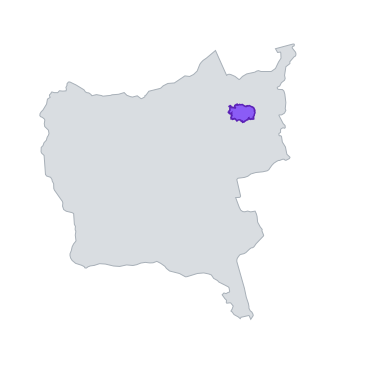 location of Bukama, Katanga, Democratic Republic of the Congo, rotated 255°
{"feature_id": "63176286B12691977822681", "entity_name": "Bukama", "entity_type": "district", "adm_level": 2, "iso_a3": "COD", "parent_name": "Democratic Republic of the Congo", "parent_adm1": "Katanga", "projection": "mercator", "projection_center": [26.071, -8.833], "detail": "fine", "context": "in_parent", "style": "filled", "palette": "violet", "viewbox_px": 384, "rotation_deg": 255, "n_neighbors": 0, "source": "geoboundaries", "source_scale": "gbopen_adm2", "svg_char_len": 7904}
<svg xmlns="http://www.w3.org/2000/svg" viewBox="0 0 384 384"><g transform="rotate(255 192 192)"><path d="M322.6,251.3L295.7,255.6L296.3,257.2L296.0,258.8L295.3,260.0L292.6,263.4L288.5,266.5L288.5,267.2L290.6,270.7L291.9,275.4L291.5,283.7L292.1,286.0L292.0,287.7L290.6,289.7L287.9,299.8L289.7,304.6L295.1,309.2L298.2,312.6L303.4,313.8L304.3,313.6L304.6,310.8L308.8,309.7L308.8,327.8L308.5,328.8L307.7,329.0L306.7,328.4L306.4,326.7L305.3,326.0L300.2,328.2L298.8,328.2L297.4,327.8L296.4,326.8L296.1,325.5L292.5,320.2L290.7,319.8L288.7,315.1L280.7,311.6L277.6,311.4L276.0,310.3L274.4,306.6L271.7,304.2L271.1,301.6L270.5,301.2L268.9,301.7L267.5,305.9L265.7,306.9L262.4,307.0L254.1,305.8L248.2,303.6L246.6,303.8L244.3,301.8L243.3,298.6L243.9,296.1L243.4,295.8L234.4,297.8L232.2,299.1L230.2,298.8L229.6,298.1L230.5,296.4L230.0,294.5L229.4,293.7L226.7,293.0L225.9,291.0L224.2,290.7L223.7,291.0L223.3,292.4L222.3,292.8L216.9,292.2L211.3,293.9L203.9,293.4L200.3,295.6L199.8,295.5L199.0,294.4L198.3,291.0L198.7,290.1L199.8,289.4L200.2,288.1L199.8,284.6L200.1,283.7L199.7,281.7L198.6,278.5L197.0,275.9L193.6,271.9L193.0,270.1L193.2,265.6L194.3,258.7L194.2,253.5L192.8,250.1L192.5,246.5L193.4,240.0L192.5,238.5L175.5,237.9L174.8,237.4L174.5,236.5L175.3,232.7L164.9,233.7L161.8,234.4L159.9,236.0L159.2,238.0L159.2,240.8L157.6,243.5L157.2,248.0L154.3,248.5L151.4,248.5L145.9,247.6L140.5,248.9L137.8,250.1L136.4,249.5L131.6,250.0L131.0,249.6L125.5,240.6L123.0,237.6L122.5,236.2L122.7,234.8L122.0,232.9L119.5,228.3L119.0,226.2L119.1,222.8L118.8,221.7L116.5,218.8L115.0,217.8L113.3,217.3L85.5,217.7L76.3,217.2L69.6,217.6L66.2,217.3L65.2,216.9L62.2,217.5L60.6,218.7L58.2,219.3L56.7,219.1L53.8,215.8L57.7,215.2L58.0,214.8L58.3,206.9L57.2,205.8L59.3,204.4L62.7,200.9L66.0,199.6L66.5,198.9L67.2,199.0L68.4,200.4L71.2,202.3L74.8,200.7L75.1,200.2L75.6,196.8L76.5,196.5L78.0,197.2L78.8,197.2L80.4,196.2L84.9,194.5L86.2,196.7L85.0,198.7L85.5,200.1L85.7,202.3L86.4,202.7L90.0,203.0L91.0,202.5L98.1,194.6L99.9,193.7L102.9,190.6L106.9,189.2L108.6,186.8L110.8,182.4L111.9,176.1L111.5,165.2L111.8,163.7L116.5,158.8L121.5,149.9L124.8,147.5L127.2,146.6L131.1,143.4L134.1,140.1L133.7,136.1L134.4,132.9L136.1,128.7L136.6,124.3L136.1,119.7L136.3,115.9L138.5,109.9L138.8,102.9L140.8,97.1L144.8,89.7L146.7,84.2L146.4,78.7L146.9,74.7L146.7,72.4L145.9,70.3L146.3,69.0L147.9,68.5L149.8,66.4L153.2,61.1L156.9,58.5L159.5,57.7L162.2,57.7L163.9,58.2L166.7,60.3L170.0,62.0L172.4,64.1L174.8,67.3L180.6,68.1L183.0,69.2L184.5,69.7L185.1,69.4L186.3,69.5L189.0,70.5L191.2,70.0L201.8,72.1L203.0,71.0L206.0,65.5L208.3,63.5L211.9,63.3L214.8,64.4L216.3,64.4L229.4,59.6L231.1,59.4L235.8,60.5L238.9,59.8L240.2,60.0L242.8,59.2L245.0,55.8L246.8,55.0L265.6,58.6L268.5,56.8L269.9,56.6L274.1,57.9L275.3,60.0L277.9,61.8L279.7,64.7L282.4,66.3L283.9,67.9L285.5,69.0L288.9,69.3L293.3,66.7L296.3,67.0L299.4,68.4L300.5,68.4L302.8,66.8L304.0,65.2L305.2,64.8L307.0,65.5L308.5,67.1L309.8,69.3L314.6,74.3L319.1,76.4L320.2,79.5L321.9,79.2L322.7,79.5L323.9,81.5L324.7,81.9L324.9,82.6L323.7,84.5L322.7,88.0L324.1,90.1L322.9,93.3L322.3,96.5L323.8,97.3L325.7,97.3L327.4,98.9L328.8,99.2L330.2,101.0L329.9,102.5L325.4,107.7L318.7,114.1L316.4,114.9L315.2,116.1L314.4,118.0L312.4,119.6L310.9,120.2L310.8,124.9L308.5,129.7L307.6,130.7L306.4,138.5L306.6,139.9L305.4,146.3L305.6,152.2L302.3,154.1L300.1,157.1L299.1,159.1L299.1,164.0L295.4,166.9L295.2,167.6L296.1,171.0L297.4,171.6L297.5,172.7L300.5,176.4L300.3,187.8L300.5,188.9L302.0,191.6L303.1,196.7L301.9,203.2L306.0,215.2L304.2,219.6L305.1,223.9L307.5,228.3L313.3,232.6L314.8,234.4L316.3,236.9L317.6,240.6L322.6,251.3Z" fill="#d9dde1" stroke="#a8b0b8" stroke-width="1"/><path d="M264.6,258.3L264.6,258.1L264.7,257.8L264.8,257.8L265.0,257.8L264.9,257.6L264.9,257.4L264.7,257.3L264.7,257.2L264.8,257.1L264.7,257.0L264.6,256.7L264.8,256.4L264.7,256.2L264.5,255.8L263.9,255.4L263.7,255.4L263.6,255.5L263.4,255.5L263.2,255.6L262.8,255.5L262.7,255.6L262.4,255.7L262.3,255.8L262.0,255.7L261.9,255.6L262.0,255.1L262.9,254.1L262.7,253.6L263.0,253.1L263.4,253.0L263.5,252.9L263.3,252.5L263.6,252.5L263.8,252.1L264.2,252.0L264.6,251.6L265.3,251.7L265.5,251.5L265.7,251.0L265.8,250.8L265.7,250.9L265.5,250.7L265.3,250.2L265.0,249.9L264.5,250.2L264.4,250.4L264.0,250.6L263.6,250.7L262.9,250.3L262.5,250.0L261.9,249.9L261.7,250.0L261.5,249.9L261.4,249.9L261.2,249.9L261.1,249.7L260.9,249.0L260.7,248.8L260.5,248.6L260.3,248.5L260.1,248.5L259.4,248.7L259.4,248.4L259.8,248.0L259.7,247.7L259.4,247.7L259.2,247.8L258.7,248.3L258.6,248.5L258.5,248.4L258.4,248.3L257.8,248.7L257.7,248.9L257.9,249.0L257.9,249.3L257.7,249.7L257.7,249.9L258.1,250.6L257.9,250.5L258.0,250.8L257.9,250.8L257.6,250.7L257.3,250.7L257.2,250.6L256.8,250.5L256.5,250.4L256.3,250.4L256.2,250.4L256.3,250.3L256.3,250.2L256.2,250.0L255.9,250.0L255.9,250.4L255.7,250.4L255.6,250.1L255.4,250.2L255.4,249.8L255.2,249.8L254.9,249.6L254.5,249.3L254.4,249.3L254.1,249.0L253.9,249.0L253.8,248.9L253.4,249.2L253.2,248.9L253.0,249.0L252.9,249.0L252.9,248.9L252.7,248.8L252.7,249.0L252.6,249.3L252.4,249.3L252.2,249.4L252.2,249.5L251.8,249.6L251.7,249.7L251.7,249.8L251.6,250.0L251.6,250.3L251.6,250.5L252.0,250.7L252.0,250.9L252.0,251.0L251.9,250.9L251.9,251.0L251.9,251.3L251.7,251.4L251.7,251.5L251.5,251.9L251.5,252.0L251.6,251.9L251.6,252.3L251.6,252.5L251.4,252.6L251.3,252.8L251.2,252.8L251.0,253.0L250.8,253.0L250.7,253.1L250.0,253.3L249.9,253.3L249.8,253.5L249.7,253.6L249.4,253.6L249.1,253.6L249.0,253.9L249.0,254.0L249.2,254.3L249.3,254.5L249.4,254.8L249.6,255.1L249.6,255.4L249.6,255.8L249.5,256.1L249.4,256.3L249.5,256.5L249.0,257.2L248.9,257.6L248.7,257.7L248.2,257.7L247.9,257.8L247.7,257.8L247.4,257.9L247.3,258.1L247.4,258.4L247.5,258.6L247.6,258.9L247.5,259.1L246.7,259.1L246.2,259.0L246.2,259.3L246.2,259.5L246.3,259.7L246.4,259.8L246.4,260.0L246.2,260.2L246.2,260.3L246.2,260.5L246.3,260.5L246.5,260.7L246.7,261.0L246.7,261.4L246.8,261.4L247.0,261.9L247.0,262.2L247.0,262.5L247.1,262.8L247.3,263.0L247.5,263.3L247.5,263.9L247.4,264.1L247.5,264.3L247.4,264.4L247.6,264.5L247.9,264.7L248.0,264.8L248.2,265.1L248.2,265.4L248.3,265.5L248.6,265.7L248.8,265.8L248.7,265.9L248.8,266.0L248.7,266.1L248.4,266.1L248.5,266.2L248.4,266.2L248.4,266.4L248.3,266.5L248.1,266.5L247.9,266.5L247.8,266.2L247.7,266.2L247.6,266.3L247.5,266.5L247.4,266.7L247.2,267.0L247.0,267.4L247.1,267.5L247.2,267.4L247.3,267.4L247.3,267.5L247.2,267.6L247.3,267.8L247.2,267.8L247.1,268.0L247.3,268.3L247.0,268.6L246.9,268.7L246.8,268.8L246.9,269.0L247.0,269.2L246.9,269.3L246.9,269.2L246.8,269.3L246.7,269.5L246.7,270.0L246.5,270.3L246.6,270.6L246.9,270.6L247.0,270.6L247.3,270.7L247.5,270.7L247.6,270.8L247.8,270.8L247.9,270.7L248.2,270.5L248.5,270.4L248.7,270.8L249.4,271.5L249.5,271.6L250.0,272.0L250.8,272.3L251.0,272.4L251.2,272.5L251.4,272.7L251.9,273.1L252.0,273.2L252.5,273.4L252.9,273.5L253.1,273.5L253.8,273.2L254.1,273.2L254.2,273.7L254.3,273.8L255.2,273.6L255.3,273.6L255.5,273.8L255.7,273.7L255.8,273.6L256.1,273.6L256.5,273.5L256.8,273.6L257.1,273.5L257.3,273.1L257.5,273.1L257.8,273.0L258.2,272.7L258.5,272.6L258.5,272.4L258.4,272.3L258.6,271.9L259.3,271.3L259.6,270.8L259.9,270.6L260.0,270.5L260.2,270.3L260.4,269.8L260.5,269.8L260.7,269.6L260.7,269.4L260.6,269.1L260.5,268.8L260.5,268.6L260.6,268.4L260.7,268.2L260.8,268.1L260.7,268.0L260.8,267.9L261.0,267.5L260.9,267.3L261.0,267.3L261.0,267.0L260.9,267.0L260.9,266.9L260.7,266.7L260.5,266.4L260.6,266.2L260.7,265.9L260.9,265.7L261.0,265.4L261.3,265.3L261.4,265.2L261.5,265.1L261.7,264.8L261.7,264.7L261.9,264.5L262.0,264.4L262.3,264.2L262.5,264.2L262.8,263.9L262.9,263.7L263.0,263.6L263.3,263.4L263.5,263.3L263.6,262.9L263.5,262.7L263.6,261.7L263.8,261.2L264.0,261.1L264.2,260.9L264.3,260.8L264.3,260.7L264.3,260.4L264.1,260.1L264.1,259.9L264.0,259.7L264.2,259.4L264.2,259.1L264.1,258.7L264.3,258.5L264.3,258.3L264.6,258.4L264.7,258.6L264.9,258.5L264.8,258.4L264.6,258.3Z" fill="#8b5cf6" stroke="#5b21b6" stroke-width="1.5"/></g></svg>